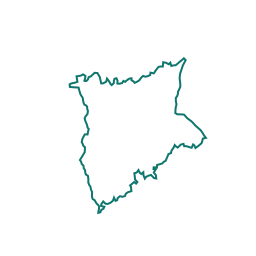 Imbaú, Paraná, Brazil (Equal Earth projection), rotated 30°
{"feature_id": "56859067B48998541842833", "entity_name": "Imbaú", "entity_type": "district", "adm_level": 2, "iso_a3": "BRA", "parent_name": "Brazil", "parent_adm1": "Paraná", "projection": "equal_earth", "projection_center": [-50.743, -24.439], "detail": "fine", "context": "isolated", "style": "outline", "palette": "teal", "viewbox_px": 256, "rotation_deg": 30, "n_neighbors": 0, "source": "geoboundaries", "source_scale": "gbopen_adm2", "svg_char_len": 2756}
<svg xmlns="http://www.w3.org/2000/svg" viewBox="0 0 256 256"><g transform="rotate(30 128 128)"><path d="M200.4,97.6L198.3,96.8L194.9,94.9L192.1,93.6L184.8,92.1L181.9,91.1L179.1,90.4L174.9,90.0L173.2,89.5L169.9,88.4L167.8,89.3L163.8,91.5L161.5,91.4L159.4,87.2L158.1,83.2L156.1,80.9L154.4,78.1L154.6,75.9L154.3,73.9L153.2,71.6L153.0,68.9L152.7,66.2L151.0,63.3L148.1,59.5L146.7,56.7L146.0,54.9L144.2,46.3L144.1,43.1L144.0,40.4L141.5,39.7L140.8,42.0L139.7,44.7L139.0,46.9L137.9,49.8L136.0,51.1L134.5,52.6L132.0,50.3L131.5,52.4L128.2,52.5L125.6,53.5L126.6,55.5L127.4,57.4L125.3,58.5L123.8,60.0L123.3,63.6L123.0,67.8L119.8,68.8L120.7,71.1L118.9,73.6L117.2,75.0L115.1,75.3L114.3,77.7L113.9,81.1L112.9,83.1L111.1,85.6L109.6,84.9L107.2,84.9L106.2,83.2L104.6,84.4L103.5,86.4L102.4,89.5L100.5,89.5L100.4,92.1L98.2,94.1L96.5,94.8L95.3,92.3L93.1,90.7L91.7,92.1L92.1,94.1L93.3,96.3L92.4,99.0L90.8,98.6L89.1,97.5L87.2,96.5L85.1,95.7L86.0,98.8L84.0,101.9L82.5,102.8L78.1,98.0L76.0,96.8L74.1,95.7L71.5,96.9L70.0,101.9L68.5,103.6L69.0,106.1L68.4,108.2L66.7,108.9L66.0,106.4L65.1,104.2L62.3,104.0L60.9,106.3L57.6,109.0L59.6,111.4L61.1,113.3L59.5,115.2L56.6,117.8L55.6,119.3L57.1,121.5L60.0,120.2L65.0,117.7L67.5,120.3L70.1,122.7L73.8,124.6L75.2,126.4L76.7,128.2L78.6,129.6L80.3,129.4L81.9,129.9L83.0,131.7L84.7,133.2L85.9,136.0L85.4,139.4L85.7,141.5L87.9,143.5L90.4,145.4L91.7,146.6L92.8,147.9L94.5,148.5L95.1,150.7L96.2,153.8L93.8,155.1L93.8,158.4L94.1,160.8L95.0,163.4L96.4,164.2L98.1,165.7L100.4,166.2L102.6,170.6L102.4,179.8L104.1,180.5L105.8,182.2L108.4,183.0L109.8,185.0L112.0,186.1L113.4,188.1L114.7,189.3L117.3,189.5L119.6,192.7L120.8,195.0L123.0,196.8L124.7,197.5L126.6,199.7L128.9,201.4L131.0,205.3L132.9,207.2L135.1,207.2L138.8,209.2L140.7,209.6L142.4,210.6L143.5,213.2L144.6,216.3L146.2,214.9L145.8,212.4L147.1,210.2L146.9,208.0L145.4,208.6L143.4,208.9L143.0,206.7L143.3,204.0L146.3,204.8L148.3,204.0L150.2,201.5L151.3,198.5L150.7,195.3L153.6,197.3L154.7,195.9L154.1,193.8L155.2,191.0L157.4,190.5L159.5,188.3L158.9,186.2L160.0,183.7L162.5,181.0L160.1,177.6L158.5,176.7L159.5,174.2L160.3,171.7L162.8,172.1L163.1,170.1L159.9,169.1L158.6,167.3L156.1,164.0L157.8,162.2L158.1,159.2L160.5,160.9L162.5,161.2L163.4,158.7L165.0,161.2L166.6,162.4L167.9,163.4L168.1,161.2L169.4,159.3L171.5,157.1L175.5,158.4L177.7,157.6L175.7,154.9L172.6,153.7L172.7,150.1L170.7,150.9L169.9,149.2L172.8,147.8L171.7,145.5L173.8,143.3L175.4,141.6L175.8,139.5L177.0,137.7L176.1,130.2L177.8,128.3L177.0,125.9L177.3,122.1L177.0,119.4L178.8,120.0L180.8,120.1L181.4,118.2L182.0,116.0L184.0,114.0L185.8,115.7L187.5,114.6L191.0,113.8L193.0,113.3L192.6,109.7L194.2,109.9L196.4,111.6L198.0,108.1L199.3,104.4L198.8,102.1L198.1,99.8L200.4,97.6Z" fill="none" stroke="#0f766e" stroke-width="2"/></g></svg>